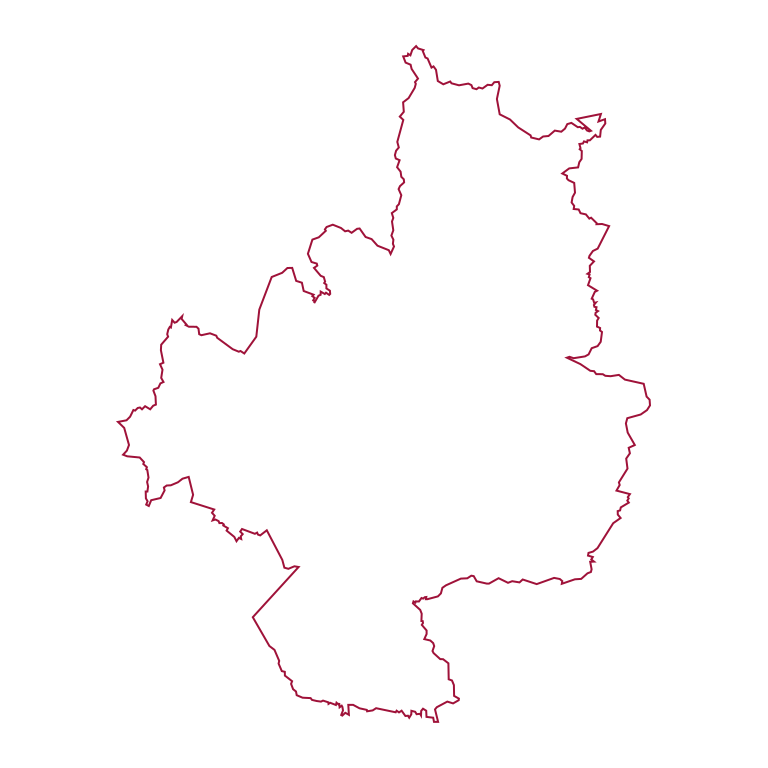 Casimiro Castillo, Jalisco, Mexico
{"feature_id": "50627088B6848821284294", "entity_name": "Casimiro Castillo", "entity_type": "district", "adm_level": 2, "iso_a3": "MEX", "parent_name": "Mexico", "parent_adm1": "Jalisco", "projection": "orthographic", "projection_center": [-104.478, 19.614], "detail": "fine", "context": "isolated", "style": "outline", "palette": "rose", "viewbox_px": 768, "rotation_deg": 0, "n_neighbors": 0, "source": "geoboundaries", "source_scale": "gbopen_adm2", "svg_char_len": 6075}
<svg xmlns="http://www.w3.org/2000/svg" viewBox="0 0 768 768"><path d="M416.1,46.1L412.2,50.0L410.4,55.3L408.1,53.8L407.7,55.9L403.2,56.4L405.6,62.6L410.6,64.7L411.6,68.9L418.0,78.6L415.0,82.1L415.8,83.8L414.7,87.9L408.6,98.1L403.1,102.3L403.8,111.8L399.8,116.6L403.3,119.9L397.3,141.9L398.8,147.5L396.1,150.7L394.9,155.1L395.8,158.5L399.6,160.2L397.1,167.2L400.6,171.7L401.3,176.8L403.8,179.3L404.1,182.4L400.0,186.1L398.6,189.1L401.3,195.2L398.9,204.2L396.8,206.4L396.8,209.4L391.8,213.1L393.3,217.9L392.0,221.5L393.3,230.3L391.4,235.6L393.4,239.7L392.9,243.8L394.0,246.5L390.6,254.0L388.8,250.2L377.5,245.7L371.6,239.1L365.6,237.0L359.6,228.5L357.1,228.8L351.6,232.8L348.2,230.6L345.1,231.3L341.0,228.0L332.8,224.7L326.6,227.0L324.9,229.4L325.8,230.8L318.8,237.3L312.4,239.6L307.9,253.8L311.5,262.0L316.8,263.6L317.3,265.6L314.0,267.9L320.7,275.8L323.8,277.1L325.1,281.6L324.2,283.0L326.4,284.7L326.4,288.4L329.9,290.7L330.2,293.9L329.2,294.9L326.0,292.7L324.8,294.0L320.7,291.6L320.6,294.8L318.5,295.7L314.2,303.1L314.6,301.3L313.2,300.4L314.6,297.8L312.3,296.1L313.6,294.7L303.7,291.0L301.9,282.7L296.2,280.9L292.2,267.9L287.4,268.0L282.2,272.8L271.7,277.0L259.3,309.6L256.3,336.7L244.3,353.5L240.5,351.0L238.8,351.7L232.7,349.2L217.2,337.8L216.3,335.7L210.0,333.3L201.4,335.2L199.2,334.2L198.5,328.7L196.5,326.8L188.8,326.7L185.8,325.1L186.5,324.6L181.6,318.9L182.2,316.2L176.6,322.0L174.6,322.7L172.2,320.0L170.9,327.5L169.8,326.9L168.3,329.5L167.2,334.2L168.1,336.7L161.2,344.7L160.9,350.2L163.4,362.7L160.0,364.2L162.5,369.7L161.2,377.9L163.5,382.0L160.4,383.4L158.3,387.8L154.0,389.3L153.4,390.6L155.5,396.2L155.9,404.6L153.2,405.7L150.2,409.3L145.1,406.2L142.0,409.3L140.0,407.5L137.7,408.0L135.1,410.6L133.4,410.0L130.1,416.7L126.5,420.3L118.0,421.9L124.2,427.9L129.0,445.0L126.9,450.6L123.1,454.7L127.2,456.3L139.7,457.5L144.0,462.1L143.3,464.0L146.9,467.2L146.2,469.2L147.3,470.0L148.5,477.6L147.1,482.0L148.1,486.4L147.4,491.5L145.7,491.5L145.9,498.4L147.6,501.3L146.2,504.6L148.8,506.0L151.2,500.2L160.6,498.0L164.6,490.4L163.9,487.5L166.7,485.5L170.8,485.3L177.9,482.3L182.5,478.7L188.7,476.9L193.1,494.8L190.9,502.1L214.2,509.5L212.0,512.8L214.7,515.8L212.6,520.4L215.4,519.5L218.6,521.1L219.4,523.1L222.0,523.0L223.8,524.4L223.3,525.5L227.9,528.2L226.6,530.6L234.3,536.9L236.5,541.2L238.9,537.9L241.2,539.0L240.7,536.4L242.7,534.1L240.2,531.6L242.0,529.0L254.9,533.8L257.1,532.6L258.0,534.6L260.2,535.4L266.8,530.3L282.3,559.9L284.4,567.7L288.4,568.8L294.4,566.3L298.6,567.0L252.8,617.2L269.4,646.0L274.5,649.9L279.2,660.9L278.6,663.6L281.8,671.1L284.8,671.8L284.9,675.6L292.1,681.2L291.1,683.9L293.1,689.2L296.0,691.5L296.7,695.2L302.6,697.7L310.6,698.1L312.0,699.9L316.6,701.0L321.0,701.6L323.0,700.6L328.3,702.3L328.5,703.9L330.2,702.8L335.9,705.0L336.5,702.7L338.7,704.7L339.2,703.1L339.6,707.3L341.7,705.7L342.4,706.9L343.0,710.4L341.2,715.0L342.3,715.6L345.3,712.8L348.9,714.8L348.3,704.9L353.2,704.9L359.5,708.3L366.8,709.9L367.1,711.3L372.7,710.4L376.1,708.2L395.7,712.3L396.6,710.7L399.0,712.4L401.6,710.7L405.4,716.0L408.0,715.7L409.2,717.7L411.3,714.3L411.4,710.8L415.2,711.8L416.6,714.2L420.1,713.8L421.0,715.4L421.2,710.9L423.0,708.7L426.2,710.7L426.5,716.9L433.2,717.7L434.0,721.9L438.1,721.9L435.0,709.4L436.8,707.2L447.3,701.6L453.1,703.4L458.7,700.2L458.9,698.6L454.1,695.9L453.9,685.1L452.0,680.5L448.7,679.3L448.4,663.3L443.1,659.2L440.2,659.1L433.6,653.1L432.5,651.0L434.2,646.1L433.2,643.1L430.3,640.5L424.3,639.1L426.6,634.0L426.6,630.5L421.8,624.9L423.0,623.0L422.7,621.1L421.4,621.0L421.7,613.7L420.2,609.9L412.9,603.3L413.5,601.4L415.4,602.6L415.8,601.4L418.9,601.5L421.5,598.0L423.1,598.6L424.8,597.2L426.3,597.0L425.9,599.2L427.4,599.2L437.9,596.4L440.9,593.4L442.4,587.8L446.0,585.3L460.9,578.6L467.3,578.3L471.3,575.7L473.7,576.1L476.7,581.3L486.8,583.6L489.0,583.6L498.6,578.2L508.0,582.8L512.2,581.2L519.5,582.4L522.7,579.5L536.7,584.1L554.1,577.9L559.8,579.0L562.3,581.1L561.8,583.8L574.9,579.3L581.2,578.9L587.5,573.3L590.9,572.0L591.6,569.3L590.2,561.8L594.0,561.6L591.3,559.5L592.8,557.0L588.0,555.6L588.5,552.9L593.0,551.6L597.5,548.1L613.2,523.2L620.6,518.0L617.8,514.6L617.7,511.1L620.1,510.4L620.8,507.4L628.8,502.6L627.3,500.6L628.7,498.4L627.8,497.1L629.9,494.1L616.5,490.6L619.7,485.0L618.9,482.4L627.5,468.6L626.2,458.6L629.9,453.3L628.7,447.8L634.8,445.0L627.7,432.6L625.9,423.4L627.3,418.2L640.7,414.5L647.0,410.1L650.0,405.4L649.6,399.7L646.6,396.6L643.7,383.8L624.9,379.6L618.9,374.9L610.6,376.2L605.3,375.8L602.8,374.2L596.2,374.1L594.1,371.2L590.3,370.8L580.4,364.1L566.9,357.7L569.5,356.8L573.6,358.2L585.0,356.4L588.6,354.4L591.7,348.2L597.6,346.1L600.7,341.8L602.0,332.0L600.0,330.5L600.1,328.0L597.0,326.6L597.1,320.6L598.7,318.0L595.3,314.8L595.6,312.8L598.0,311.1L595.9,310.0L596.5,307.2L594.4,306.8L593.9,305.0L595.9,302.5L594.2,302.9L593.1,299.4L591.7,298.7L594.8,291.9L597.1,290.7L588.0,285.2L590.5,278.2L588.8,277.2L589.6,274.5L587.5,273.8L590.0,272.0L589.8,265.8L594.0,261.4L588.9,257.8L589.5,255.8L592.9,251.0L597.7,248.6L609.1,226.1L602.1,224.0L596.5,224.2L596.7,223.2L591.1,217.7L589.3,218.6L585.9,214.4L580.5,213.2L578.7,209.5L573.7,209.0L574.2,205.9L571.6,202.5L572.6,197.0L575.0,192.7L574.2,182.9L568.5,180.2L566.9,178.5L567.0,175.8L562.3,173.5L569.2,168.4L578.1,167.4L579.3,162.2L581.6,158.9L581.8,151.0L579.7,149.2L580.5,148.2L579.4,144.0L582.9,143.5L584.0,141.4L587.1,142.3L587.5,140.3L589.9,140.3L595.5,134.9L597.2,136.9L600.1,136.6L600.8,129.9L605.3,123.5L605.0,119.2L598.5,121.5L600.9,114.0L576.7,118.9L591.0,130.8L589.3,131.4L587.0,130.5L584.7,127.5L582.5,128.7L579.9,126.9L577.8,127.2L571.4,122.9L567.3,124.1L565.0,128.6L561.3,131.7L554.8,130.6L548.5,136.0L543.1,136.5L539.1,139.4L531.2,137.5L530.6,135.4L518.2,127.4L510.0,119.5L499.7,114.3L496.9,99.0L499.7,85.7L498.7,81.9L494.3,82.2L491.8,85.2L487.6,84.8L482.5,88.5L478.8,87.5L476.5,89.2L472.6,88.1L471.4,85.1L468.3,83.6L459.0,85.3L451.5,83.3L450.2,81.5L443.3,84.3L437.8,81.0L436.0,69.8L433.5,66.4L431.5,67.6L427.6,58.5L425.4,57.5L422.8,51.1L423.5,50.1L418.0,48.4L416.1,46.1Z" fill="none" stroke="#9f1239" stroke-width="2"/></svg>